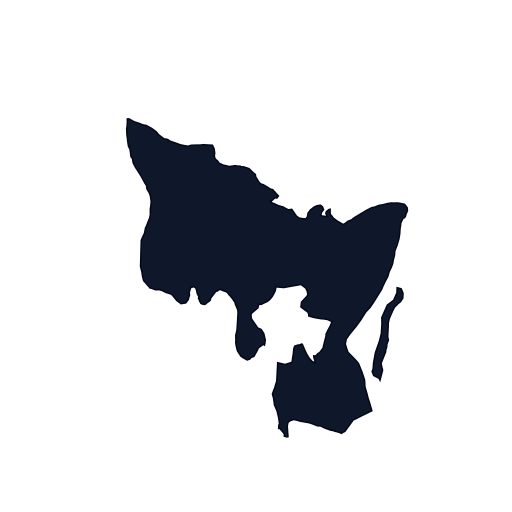 the district of Tahta, Suhaj, Egypt, rotated 36°
{"feature_id": "37247803B8272861874741", "entity_name": "Tahta", "entity_type": "district", "adm_level": 2, "iso_a3": "EGY", "parent_name": "Egypt", "parent_adm1": "Suhaj", "projection": "albers", "projection_center": [31.471, 26.785], "detail": "fine", "context": "isolated", "style": "filled", "palette": "ink", "viewbox_px": 512, "rotation_deg": 36, "n_neighbors": 0, "source": "geoboundaries", "source_scale": "gbopen_adm2", "svg_char_len": 6042}
<svg xmlns="http://www.w3.org/2000/svg" viewBox="0 0 512 512"><g transform="rotate(36 256 256)"><path d="M440.7,313.1L436.3,309.7L435.5,309.0L430.5,305.4L426.9,302.4L421.0,297.8L416.7,292.5L409.9,287.6L405.4,284.8L401.9,282.6L396.9,281.5L396.4,281.4L386.9,279.8L383.9,277.7L379.9,274.7L377.8,270.1L377.7,264.1L378.3,254.0L378.3,245.8L377.9,240.3L377.7,237.1L377.8,236.1L378.5,230.7L378.3,224.3L377.2,209.1L376.3,205.5L375.1,198.6L374.7,195.2L372.9,190.3L372.1,185.8L371.0,181.8L369.6,179.1L367.6,174.0L365.3,170.3L363.8,164.5L361.6,158.3L359.3,153.7L356.5,149.3L354.9,146.1L353.7,144.2L353.1,140.8L352.7,138.9L353.6,138.0L353.6,136.2L352.7,133.9L351.9,130.3L349.9,128.1L348.5,127.6L346.6,127.1L345.7,126.9L340.4,129.3L337.8,131.0L337.0,131.8L334.4,133.5L331.8,136.0L328.3,140.2L325.7,142.8L323.1,147.0L321.3,148.7L319.6,152.1L318.7,153.8L316.9,158.0L315.1,162.3L313.3,166.5L312.4,169.1L312.4,169.9L311.4,171.6L310.5,173.1L309.8,174.2L308.9,177.6L308.0,179.3L303.8,179.7L301.2,180.0L296.1,179.9L293.6,179.0L292.7,179.0L291.0,178.1L288.5,174.6L287.7,175.5L286.8,178.9L287.6,180.6L289.3,181.5L290.1,182.4L285.8,184.9L284.9,184.9L284.1,184.0L283.3,182.3L283.4,178.8L280.8,177.1L278.3,177.0L277.4,177.9L275.7,179.6L273.9,183.0L273.9,183.8L273.0,186.4L273.0,188.9L272.9,190.6L274.6,194.1L274.5,195.8L274.5,196.7L271.9,198.3L268.5,200.0L265.1,199.9L257.5,197.2L256.6,198.1L254.9,199.7L248.9,200.5L244.6,202.1L240.4,202.9L238.8,203.3L237.0,203.7L236.1,202.8L235.3,202.8L236.2,202.0L237.1,197.7L238.8,196.9L238.8,195.2L238.9,194.3L230.4,192.5L228.7,193.3L220.2,194.0L217.6,194.8L215.9,194.8L213.4,193.9L212.3,193.4L211.5,193.1L209.1,192.1L208.3,191.2L207.5,190.4L204.9,190.3L199.0,189.4L193.9,191.0L191.3,192.7L190.4,192.6L187.9,194.3L186.1,195.1L184.3,196.9L181.8,199.3L175.8,201.8L171.5,202.6L170.2,202.1L169.0,201.7L166.5,201.6L164.8,200.8L163.9,199.9L163.1,199.0L162.7,198.2L162.3,197.3L161.5,196.4L159.0,193.8L157.3,192.9L155.6,192.0L153.0,193.7L150.4,195.4L147.8,197.0L146.1,198.7L142.7,201.2L138.4,204.6L136.6,207.1L133.2,208.8L129.7,210.4L118.6,213.7L116.1,213.6L112.6,215.3L109.2,215.2L105.8,215.1L102.5,214.2L96.5,214.1L90.5,214.9L87.1,216.5L83.7,217.3L78.6,219.0L72.6,219.7L71.3,220.7L71.6,221.3L72.4,222.1L74.1,224.7L75.7,227.3L76.5,229.0L80.7,234.2L83.2,236.8L84.8,238.6L86.5,240.3L88.2,242.1L91.5,243.8L92.6,245.0L96.5,249.1L99.1,250.0L101.6,252.6L103.2,253.5L106.6,255.2L109.1,256.1L115.9,258.8L123.5,262.4L126.0,263.3L128.5,265.9L132.7,267.7L135.2,269.4L136.1,270.3L138.6,272.9L139.4,273.8L141.9,278.1L142.7,279.8L145.2,283.3L146.0,284.2L147.6,287.6L150.0,297.0L150.0,297.9L152.4,303.1L153.2,307.4L154.0,310.8L157.7,316.2L168.8,332.4L173.0,335.9L176.4,339.4L179.7,342.0L188.2,343.9L188.9,344.2L190.9,343.3L194.3,342.5L197.7,340.0L200.3,339.1L204.6,338.4L207.1,337.5L209.7,336.7L211.4,336.8L214.8,337.7L218.2,338.6L220.7,338.6L221.6,338.6L223.3,338.7L225.0,337.0L226.7,335.3L226.8,333.6L226.8,331.0L226.0,329.3L225.2,326.7L223.5,325.0L221.9,320.7L221.9,319.8L223.7,317.3L224.9,317.3L226.2,317.3L228.7,319.1L230.4,320.8L233.8,322.6L234.6,324.3L235.4,324.3L236.3,325.2L238.0,326.1L239.2,326.7L240.7,326.5L243.1,325.3L244.0,321.9L244.9,319.4L244.9,318.5L244.1,316.8L244.1,315.9L244.2,312.5L244.2,311.7L244.3,307.4L245.1,307.4L246.0,304.8L246.9,304.0L250.3,303.2L252.9,302.4L254.6,302.4L257.0,303.2L258.0,303.3L258.8,303.5L262.2,304.4L262.8,304.6L264.7,305.3L266.3,305.9L267.5,307.0L268.9,307.8L270.5,308.8L273.1,310.4L274.7,312.3L275.0,312.7L277.3,316.3L278.0,317.4L279.7,320.0L281.1,322.3L281.6,323.0L284.2,327.2L286.2,331.9L286.5,332.4L286.8,332.8L289.1,335.7L289.5,336.3L290.2,337.5L291.6,339.1L292.9,340.4L295.4,342.5L296.1,343.1L297.4,343.9L298.0,344.1L302.4,345.8L303.0,345.9L303.7,345.9L305.6,345.8L310.0,345.3L311.6,342.8L311.6,341.0L313.3,338.5L312.8,334.4L312.5,331.7L312.3,330.6L311.8,329.2L312.7,326.5L313.6,323.9L313.9,323.1L315.2,323.1L314.6,321.7L314.5,321.2L313.7,320.3L313.5,319.7L312.9,318.5L311.2,317.1L307.9,314.2L303.4,312.4L299.6,313.2L296.9,312.2L289.4,309.6L286.8,307.0L286.0,305.3L287.0,301.0L288.0,296.8L286.6,293.4L288.5,292.2L289.4,290.7L289.8,289.8L291.2,287.4L291.7,286.4L292.2,285.0L292.7,282.9L292.8,282.3L292.9,279.0L292.6,276.3L292.3,274.7L292.2,273.8L292.0,273.0L291.5,271.7L291.2,271.1L290.2,269.3L297.0,265.2L309.1,252.6L310.8,252.6L315.1,252.7L318.4,254.5L320.6,256.8L320.9,258.8L319.9,266.5L322.3,270.8L325.7,270.9L330.8,270.9L332.5,271.8L334.1,273.5L338.4,271.9L341.9,270.3L345.3,268.6L347.9,267.0L351.3,265.3L356.0,264.4L357.2,268.8L357.9,274.0L358.7,278.3L359.5,279.1L362.4,286.4L364.4,291.2L364.3,296.3L363.4,298.9L363.3,300.6L362.5,302.3L361.4,302.9L362.4,304.0L365.8,306.6L366.6,307.5L364.0,308.3L363.2,308.3L359.0,307.4L354.7,305.6L351.4,303.8L347.2,301.3L345.5,300.3L344.7,300.3L343.8,302.0L342.1,303.6L340.3,306.2L341.1,308.8L343.6,313.1L347.6,320.8L343.3,326.7L336.3,329.6L346.4,345.1L347.2,347.6L348.8,352.0L349.2,353.8L350.4,358.0L351.3,358.7L353.7,360.6L358.7,365.8L360.4,366.7L364.6,369.3L366.5,371.0L369.6,373.7L370.4,374.6L371.3,375.4L372.9,377.2L373.8,378.0L373.7,378.9L374.6,380.6L375.4,381.5L375.7,382.1L376.2,381.5L380.5,382.4L383.8,383.4L384.7,385.1L387.2,384.3L388.1,383.4L382.3,376.5L381.5,375.6L380.6,373.9L379.8,372.2L379.9,370.5L380.7,368.8L382.5,366.2L385.9,364.6L388.5,363.8L397.1,359.6L399.6,358.8L405.6,357.2L408.2,355.5L412.5,354.8L418.4,353.1L421.9,351.5L422.7,351.5L424.4,350.7L426.0,350.1L429.6,349.1L429.6,348.2L431.0,345.7L431.0,343.1L431.0,337.1L431.0,331.7L435.2,323.5L437.9,318.4L440.2,314.0L440.7,313.1ZM429.3,283.6L426.0,275.1L425.4,273.8L422.9,271.8L420.2,269.2L419.6,266.9L417.2,257.2L416.5,256.6L415.1,252.6L413.7,250.4L412.5,246.2L410.2,244.1L409.2,242.7L404.7,235.8L402.3,232.3L400.6,228.4L398.8,220.2L398.1,216.0L398.6,213.4L398.9,210.8L399.7,208.4L399.5,203.8L396.9,199.8L392.7,197.2L388.8,198.7L391.7,203.0L393.4,210.9L391.1,218.4L392.8,226.4L394.0,231.9L397.6,236.6L402.9,244.9L405.7,251.6L409.4,263.9L413.9,273.3L417.1,278.4L417.9,281.2L421.5,283.5L427.4,282.6L427.5,282.6L429.3,283.6Z" fill="#0f172a" stroke="#020617" stroke-width="1.5"/></g></svg>